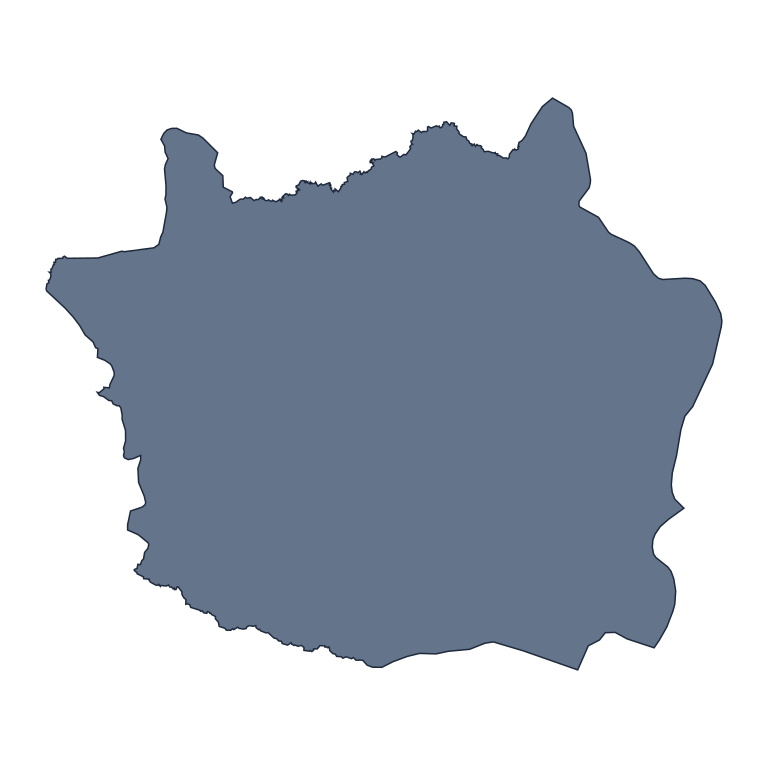 Nong Kung Si, Kalasin, Thailand
{"feature_id": "78962969B61513284826640", "entity_name": "Nong Kung Si", "entity_type": "district", "adm_level": 2, "iso_a3": "THA", "parent_name": "Thailand", "parent_adm1": "Kalasin", "projection": "albers", "projection_center": [103.282, 16.731], "detail": "fine", "context": "isolated", "style": "filled", "palette": "slate", "viewbox_px": 768, "rotation_deg": 0, "n_neighbors": 0, "source": "geoboundaries", "source_scale": "gbopen_adm2", "svg_char_len": 6096}
<svg xmlns="http://www.w3.org/2000/svg" viewBox="0 0 768 768"><path d="M493.3,641.9L523.2,650.8L577.7,669.9L588.3,645.8L599.5,640.0L605.3,632.7L615.1,632.4L627.1,638.9L654.1,647.8L659.3,640.2L666.9,626.8L672.9,611.2L674.8,604.2L675.7,591.0L673.8,578.9L671.1,571.5L667.8,567.0L656.0,557.6L653.6,554.1L652.3,547.1L652.9,539.8L655.1,534.1L660.2,526.6L668.4,519.4L683.9,508.2L674.8,499.2L672.2,492.4L671.3,485.0L672.3,472.9L676.5,455.7L680.9,429.6L684.9,416.2L692.7,406.6L712.6,364.0L721.3,326.6L721.9,320.9L720.7,313.5L715.5,302.2L705.2,285.4L700.0,280.8L692.5,278.6L685.0,278.2L662.7,279.5L658.5,278.3L653.5,273.8L639.4,251.9L634.5,246.1L629.6,242.9L611.2,234.3L608.5,232.1L598.5,217.3L579.8,207.0L578.9,205.1L579.1,201.2L589.1,187.9L590.3,183.1L590.5,179.5L586.0,153.2L573.6,126.2L572.5,113.5L571.4,110.1L568.8,107.5L552.5,98.1L542.4,106.5L531.0,123.8L525.4,136.0L522.0,140.6L519.0,142.4L518.2,145.8L519.0,146.5L517.8,147.2L518.4,148.9L516.1,150.2L514.6,149.0L514.0,150.0L512.9,149.7L509.5,154.2L509.1,157.6L507.7,158.8L506.4,157.9L503.5,158.1L499.2,155.4L497.2,155.5L497.7,153.9L495.5,153.7L495.3,152.5L493.3,153.0L488.3,151.3L484.1,151.7L483.2,149.4L481.3,148.1L481.7,146.7L480.6,145.7L478.1,145.5L477.0,144.5L475.5,146.3L474.2,144.0L472.4,145.7L471.5,145.3L471.9,144.1L469.6,143.2L468.9,141.2L466.9,139.8L465.9,136.9L463.6,136.8L459.0,133.7L459.1,132.2L456.5,128.6L456.9,126.2L454.0,125.9L454.4,123.4L451.2,122.8L449.7,125.4L446.5,121.7L443.8,122.3L443.9,124.0L442.7,124.5L442.4,126.7L440.9,127.7L440.1,127.8L439.3,126.1L438.1,126.6L436.4,125.8L431.1,128.0L428.3,126.5L427.5,127.1L427.6,130.6L426.6,131.5L422.7,131.5L421.3,132.6L418.3,130.1L416.7,131.6L415.5,131.2L414.0,133.9L412.2,133.5L413.0,134.5L412.9,138.5L412.1,140.7L411.0,141.1L411.2,142.8L412.6,144.2L410.6,145.5L409.8,147.0L410.7,148.7L406.0,154.8L403.9,154.4L400.0,157.3L397.0,154.8L397.4,152.9L395.9,151.5L384.9,157.1L381.9,156.3L382.0,157.7L380.4,159.0L375.6,159.5L375.0,160.4L373.7,158.8L371.7,159.1L371.8,160.4L370.7,160.1L370.0,161.6L370.3,162.7L371.0,162.7L370.8,161.8L373.3,163.0L372.7,163.7L373.9,165.9L371.6,167.1L370.9,169.4L368.4,170.7L367.3,172.6L366.4,171.9L365.0,172.9L363.9,171.7L361.8,174.6L360.4,174.2L361.0,173.5L359.9,171.1L357.8,172.7L355.9,171.7L354.5,171.9L352.9,174.3L350.3,173.3L350.2,174.9L347.1,177.5L347.7,181.5L344.3,182.6L344.4,184.3L342.2,184.6L342.2,186.0L340.9,186.5L340.9,188.0L338.4,191.7L335.1,188.9L334.9,190.9L333.8,190.4L333.4,192.0L330.9,189.0L331.6,188.2L330.5,187.7L330.8,185.5L329.4,185.5L329.5,184.5L330.4,184.6L329.7,182.7L322.8,185.2L321.1,183.9L317.8,186.1L315.6,182.0L314.5,183.6L312.3,183.6L311.6,182.7L310.4,183.9L310.1,182.1L309.3,183.4L307.5,182.7L307.7,181.7L305.8,182.5L305.9,181.3L304.8,182.0L304.8,180.9L302.5,180.5L300.6,181.2L298.7,184.9L296.2,185.9L296.1,187.4L297.2,187.9L297.4,189.1L298.7,188.9L299.4,189.7L298.2,189.7L298.2,190.4L296.3,191.2L297.1,191.7L296.4,192.5L296.9,193.0L295.3,194.9L290.5,195.2L289.6,194.2L288.4,195.4L287.8,194.3L285.7,193.7L282.5,196.7L283.5,197.8L282.0,197.8L282.0,200.5L280.4,199.3L280.7,200.9L279.4,199.7L276.0,201.8L272.5,200.2L272.3,201.0L270.5,201.1L268.5,199.8L266.9,200.8L265.0,200.3L263.8,198.3L263.4,199.1L262.3,198.8L262.8,197.8L261.9,197.0L260.2,197.4L260.5,197.9L257.7,199.8L256.3,199.4L254.0,200.6L250.5,197.5L247.0,198.2L245.4,197.2L243.3,199.2L240.3,199.1L235.9,202.2L232.4,203.2L230.1,196.6L232.5,192.9L232.3,191.8L223.3,187.2L222.8,175.6L215.1,168.5L214.3,164.9L217.7,152.8L203.0,138.1L198.4,135.0L186.4,132.9L176.9,128.3L171.6,128.4L167.0,130.0L163.7,133.5L160.9,139.3L164.6,146.0L165.1,152.1L168.1,158.6L165.4,164.5L164.5,169.0L166.0,185.6L165.9,195.1L165.0,199.0L166.9,207.1L166.5,212.1L162.9,232.2L160.7,236.9L158.9,244.3L154.0,247.8L124.3,251.7L121.8,251.2L97.8,258.0L67.3,258.3L64.6,256.2L63.2,256.8L62.7,258.3L57.8,258.4L57.0,259.4L55.7,259.4L55.5,262.3L53.9,262.3L54.3,264.5L53.4,264.8L51.9,268.8L50.9,269.2L51.1,272.3L49.3,272.2L50.4,273.2L51.0,275.9L49.7,279.9L48.4,280.3L48.9,282.6L46.9,283.9L46.1,289.1L46.8,291.1L65.0,308.0L73.2,317.0L79.7,325.6L85.1,334.9L93.1,342.0L95.6,347.7L97.9,348.6L97.4,357.4L104.6,360.2L110.2,363.9L111.8,366.0L114.1,372.2L114.2,375.4L110.0,384.3L109.3,387.9L103.8,387.3L104.0,388.8L99.2,392.7L97.3,392.3L99.5,395.4L103.5,396.6L108.9,400.5L111.6,400.7L113.2,403.9L117.1,405.8L119.2,405.7L120.8,407.9L122.2,415.2L122.1,419.4L125.5,430.3L125.6,440.9L123.5,448.3L124.3,451.5L123.5,455.8L124.4,457.8L128.2,459.6L133.6,458.5L140.6,455.4L140.7,459.7L137.9,468.4L138.6,482.5L144.2,496.0L145.7,502.5L145.1,504.7L142.1,507.1L130.5,511.0L127.6,524.8L127.6,530.0L138.1,534.6L148.2,542.9L148.8,544.3L147.9,548.4L144.6,552.4L143.5,559.0L141.8,560.6L140.4,564.6L137.9,564.3L137.0,568.5L134.3,569.5L134.3,570.5L137.1,572.8L137.1,573.8L143.4,576.8L143.6,578.7L149.3,579.2L149.1,580.3L150.6,582.3L156.0,585.2L158.1,585.2L158.6,584.3L160.3,586.4L160.7,585.5L166.4,586.0L168.5,585.0L169.8,587.0L171.6,587.1L173.1,588.8L174.3,588.1L174.5,589.6L176.0,589.5L177.2,586.8L178.1,586.9L181.8,591.7L182.0,594.6L183.8,597.7L185.9,599.6L185.8,604.3L187.2,603.8L189.8,604.8L190.7,607.4L199.7,610.2L200.6,611.3L202.2,610.8L203.6,612.8L206.8,613.3L207.5,611.5L209.0,611.9L209.7,613.3L211.0,613.3L211.6,614.5L215.4,616.5L215.4,618.8L218.3,622.0L219.2,626.4L225.0,628.3L226.2,630.1L230.7,630.3L232.5,628.7L233.7,629.6L237.7,627.2L239.1,628.4L243.4,629.1L246.2,628.5L246.9,626.8L249.4,625.6L253.2,626.3L255.7,625.6L256.1,627.7L258.5,629.7L259.8,629.4L260.5,630.8L266.0,632.9L268.0,632.6L273.9,638.0L276.8,638.8L278.6,640.9L281.3,641.2L282.3,643.6L287.6,645.1L291.2,642.8L291.7,644.2L294.1,645.5L295.2,645.0L297.9,646.3L301.4,645.4L304.0,647.5L303.9,650.4L309.7,651.2L310.3,650.5L311.8,651.6L313.6,650.2L313.6,648.9L317.3,648.9L320.0,645.6L324.8,645.9L325.0,647.2L326.8,646.8L327.6,647.7L329.0,647.0L329.9,650.8L333.0,653.7L335.4,654.1L336.6,656.4L341.3,656.7L342.9,658.2L346.2,656.8L351.6,658.7L353.4,657.5L355.9,660.2L362.5,660.1L367.2,665.2L372.5,667.2L381.9,667.3L393.0,661.7L407.3,656.4L419.6,653.4L436.1,653.9L448.1,651.3L469.6,649.3L485.0,643.2L493.3,641.9Z" fill="#64748b" stroke="#1e293b" stroke-width="1.5"/></svg>